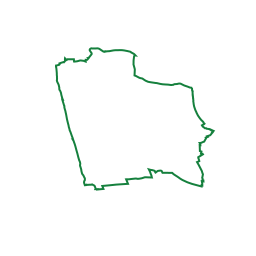 Voerendaal, Limburg, Netherlands (Equal Earth projection), rotated 205°
{"feature_id": "6326949B50745475536845", "entity_name": "Voerendaal", "entity_type": "district", "adm_level": 2, "iso_a3": "NLD", "parent_name": "Netherlands", "parent_adm1": "Limburg", "projection": "equal_earth", "projection_center": [5.917, 50.872], "detail": "fine", "context": "isolated", "style": "outline", "palette": "green", "viewbox_px": 256, "rotation_deg": 205, "n_neighbors": 0, "source": "geoboundaries", "source_scale": "gbopen_adm2", "svg_char_len": 5517}
<svg xmlns="http://www.w3.org/2000/svg" viewBox="0 0 256 256"><g transform="rotate(205 128 128)"><path d="M141.5,58.8L141.1,59.1L140.1,59.7L138.1,60.7L137.4,61.1L137.1,61.2L136.9,61.4L136.7,61.7L135.0,61.6L134.3,61.6L134.0,61.5L133.8,61.4L133.4,61.1L133.1,60.8L132.4,60.1L132.1,59.8L131.8,59.4L131.7,59.2L131.7,58.8L129.6,59.8L129.6,59.4L124.5,62.4L126.8,64.6L120.3,68.4L114.8,71.7L111.9,73.3L104.4,77.4L108.0,80.7L107.3,81.1L107.0,81.2L106.5,81.4L105.5,81.9L103.1,83.4L100.6,84.9L99.4,85.6L98.0,85.9L96.8,86.5L94.5,88.1L93.8,88.7L92.1,90.3L91.7,90.6L85.5,93.2L85.7,93.4L85.7,93.5L86.0,93.9L86.4,94.5L87.5,95.6L88.5,96.5L88.8,96.9L89.5,97.6L91.6,99.3L89.8,99.6L88.1,100.1L86.2,100.4L85.8,100.4L85.6,100.4L85.4,100.2L84.7,99.5L84.5,99.3L84.2,99.2L83.7,100.1L83.3,101.0L83.1,101.3L82.8,101.7L82.7,101.8L81.9,102.3L80.8,103.0L80.3,103.2L79.9,103.3L79.7,103.3L79.4,103.3L79.0,103.0L78.3,102.4L77.8,102.0L75.4,103.1L69.2,105.9L69.4,105.9L69.2,106.0L68.8,106.0L68.1,105.7L67.4,105.5L66.5,105.3L65.1,105.1L63.5,104.9L62.8,104.8L60.9,104.5L60.1,104.3L58.7,104.1L56.7,103.9L53.3,103.9L51.5,103.9L50.3,104.0L49.3,104.1L47.3,104.3L46.3,104.4L36.6,106.1L37.1,107.3L36.4,107.4L37.2,109.0L38.6,110.9L37.0,111.4L37.5,112.3L38.6,111.9L38.6,112.6L38.6,112.8L38.6,113.0L38.9,113.5L39.4,114.0L39.7,114.2L40.1,116.1L40.2,116.3L40.4,117.4L40.6,117.8L41.2,118.3L43.0,120.3L48.3,124.4L51.0,126.3L49.4,128.1L49.7,128.5L50.6,129.6L51.4,130.3L52.0,131.2L49.5,135.0L49.3,135.3L49.2,135.5L49.3,135.5L49.2,135.6L49.5,135.8L49.6,136.1L51.1,135.7L51.5,137.7L53.1,137.5L55.8,142.8L55.1,143.0L55.3,143.4L56.1,144.3L56.7,144.7L55.5,145.4L55.4,145.5L54.8,146.2L54.2,146.9L53.7,147.4L53.2,147.9L53.2,148.2L52.9,151.9L53.4,152.2L53.1,152.5L52.0,153.6L52.8,154.0L50.6,156.0L50.4,156.4L50.2,157.0L50.0,157.9L49.8,158.7L49.7,159.1L49.5,159.6L50.1,159.8L49.3,161.2L49.2,161.5L49.6,161.5L50.5,161.5L51.7,161.5L52.7,161.5L52.8,161.5L52.7,161.2L52.8,161.2L53.1,161.4L53.7,161.3L55.2,161.0L56.3,160.6L57.0,160.8L57.2,160.7L58.1,160.3L58.4,160.4L60.9,160.9L62.1,161.7L60.7,163.6L60.5,164.2L61.8,164.7L62.1,165.1L62.9,165.5L65.0,166.2L66.2,166.8L67.2,167.3L69.6,168.7L70.7,169.5L71.9,170.5L72.1,170.6L72.5,170.9L73.2,171.7L73.7,172.0L74.1,172.3L75.5,173.7L77.1,175.4L78.3,177.0L79.0,178.1L79.7,179.2L80.2,179.9L80.4,180.6L80.9,181.4L81.4,182.1L81.4,182.3L81.5,182.4L81.7,182.6L82.0,183.2L82.8,184.4L82.7,184.4L83.8,186.2L84.7,187.9L85.2,188.6L85.1,188.8L85.7,189.1L85.8,189.2L86.1,189.8L87.0,191.4L86.9,191.5L88.7,190.9L89.4,190.8L91.4,190.7L94.1,190.4L95.0,190.3L98.9,190.4L99.4,190.3L99.7,190.2L100.2,190.0L100.6,189.8L101.3,189.3L102.0,188.7L102.5,188.4L104.3,187.4L104.6,187.2L104.8,186.9L105.2,186.3L106.1,185.8L106.5,185.5L107.3,185.1L108.6,184.7L110.2,184.2L111.6,183.6L112.9,183.1L114.7,182.4L115.6,182.1L117.8,181.5L120.8,180.9L122.2,180.4L123.2,180.1L125.9,179.3L128.0,178.7L129.3,178.4L130.2,178.3L130.6,178.4L131.4,178.3L132.9,178.4L135.3,178.8L135.7,178.9L135.9,178.9L136.8,178.7L138.1,178.4L139.0,178.3L142.8,178.5L144.3,178.4L146.3,183.3L146.6,184.0L146.8,184.3L149.5,187.5L149.8,187.8L150.5,189.4L151.2,190.9L151.6,191.9L152.7,195.3L152.8,195.9L152.6,196.3L152.2,196.8L151.9,196.9L153.4,197.5L153.8,197.6L154.5,197.7L156.4,197.8L157.1,197.8L157.5,198.0L157.8,198.1L158.1,198.1L161.0,197.5L163.0,197.0L164.2,196.7L166.1,196.1L167.7,195.4L168.8,194.9L169.9,194.3L170.2,194.2L170.4,194.1L171.7,193.5L173.3,192.6L174.1,192.1L177.6,189.6L178.6,189.1L179.5,188.6L180.5,187.9L181.3,187.3L181.4,187.5L181.6,187.4L181.6,187.5L181.9,187.3L182.7,187.0L183.2,186.9L183.6,187.0L184.1,187.1L187.3,187.6L187.9,187.6L188.5,187.5L189.0,187.4L189.5,187.2L190.8,186.5L193.1,185.4L194.7,184.7L194.9,184.7L195.1,184.5L195.4,184.2L195.8,183.4L195.8,183.2L195.8,182.9L195.7,182.5L195.5,182.2L195.1,181.9L192.9,180.6L192.7,180.5L192.6,180.4L192.4,180.1L192.2,179.7L192.3,179.0L193.2,175.2L193.4,175.1L193.5,175.0L193.3,175.0L193.3,174.9L193.2,174.8L193.8,172.6L195.2,171.9L194.7,170.9L194.4,170.3L196.0,170.2L196.7,170.1L199.2,169.3L199.5,169.2L200.4,168.6L200.7,168.3L201.3,167.8L202.4,166.9L203.7,166.1L204.9,165.4L205.1,165.6L205.2,166.0L205.4,166.2L206.1,167.4L211.8,164.8L212.1,164.2L212.3,163.7L214.5,164.5L214.2,163.6L213.5,162.5L213.4,162.1L213.4,161.9L213.5,161.6L213.8,160.7L214.0,160.8L216.3,158.7L217.4,157.6L216.9,157.1L217.0,156.4L217.2,156.1L217.4,156.1L218.0,155.4L218.5,155.0L219.1,154.5L219.6,154.2L219.1,153.0L218.9,152.8L218.3,152.0L217.9,151.4L217.2,150.2L216.1,148.3L215.6,147.4L214.9,145.9L214.2,144.8L213.7,143.7L213.3,143.0L212.9,142.0L212.5,141.0L212.5,140.9L211.8,140.1L210.9,139.3L210.2,138.8L209.4,138.1L208.9,137.6L207.3,135.5L206.9,134.6L206.4,133.8L206.2,133.6L205.4,133.2L204.4,132.3L204.0,131.9L203.4,131.3L203.1,130.8L202.4,129.8L202.3,129.7L200.0,127.0L199.0,126.1L199.5,125.9L195.0,120.9L194.9,120.9L194.4,119.8L193.6,118.8L192.0,117.0L191.3,116.1L191.0,115.6L190.7,115.3L189.5,113.7L187.1,110.3L185.2,107.9L183.9,106.3L183.2,105.5L182.0,103.8L180.6,102.3L180.0,101.4L179.2,100.7L178.4,100.0L175.4,96.9L174.1,95.7L172.2,93.6L172.3,93.6L171.7,93.2L171.0,92.4L169.4,90.8L167.8,89.0L165.3,86.0L163.2,83.6L160.6,80.4L158.5,78.0L157.6,77.3L156.9,76.5L156.3,75.7L156.0,74.9L156.0,74.7L155.8,74.2L155.6,73.7L155.3,73.3L154.6,72.6L153.0,70.8L152.5,70.1L152.3,69.7L151.7,68.9L150.3,67.2L149.3,66.6L148.4,66.2L147.4,65.3L146.2,64.4L145.8,64.1L145.1,62.6L145.2,61.2L144.9,60.3L144.7,59.8L144.3,59.4L144.0,59.0L143.6,58.7L143.3,58.3L142.9,57.9L142.3,58.3L142.0,58.7L141.7,59.0L141.5,58.8Z" fill="none" stroke="#15803d" stroke-width="2"/></g></svg>